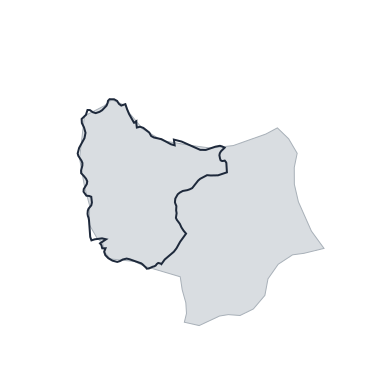 Diekirch highlighted on a map of Luxembourg, rotated 321°
{"feature_id": "LUX-906", "entity_name": "Diekirch", "entity_type": "District", "adm_level": 1, "iso_a3": "LUX", "parent_name": "Luxembourg", "parent_adm1": "", "projection": "equal_earth", "projection_center": [5.98, 49.94], "detail": "fine", "context": "in_parent", "style": "outline", "palette": "slate", "viewbox_px": 384, "rotation_deg": 321, "n_neighbors": 0, "source": "natural_earth", "source_scale": "10m", "svg_char_len": 2418}
<svg xmlns="http://www.w3.org/2000/svg" viewBox="0 0 384 384"><g transform="rotate(321 192 192)"><path d="M195.2,81.6L193.0,91.0L193.4,112.2L201.3,133.5L219.9,154.5L234.2,169.7L253.3,181.9L285.8,193.4L298.7,195.9L300.6,211.5L298.1,228.1L286.9,237.3L276.4,250.4L268.5,266.6L260.2,297.5L259.1,318.9L240.4,310.1L230.6,304.1L213.5,302.4L196.4,307.3L183.6,318.2L166.1,321.5L151.6,318.2L143.0,310.1L135.3,305.7L113.5,300.3L104.1,288.4L111.3,282.9L117.5,274.2L122.8,261.9L129.5,250.5L108.1,219.4L103.7,209.9L86.2,192.4L86.4,183.5L90.6,175.0L89.1,168.5L91.6,152.9L103.9,138.1L112.0,119.9L125.8,95.1L156.3,65.2L178.1,69.8L187.6,69.7L193.4,80.6L195.2,81.6Z" fill="#d9dde1" stroke="#a8b0b8" stroke-width="1"/><path d="M195.5,81.8L193.6,86.9L192.2,91.7L190.5,101.7L191.0,102.0L192.7,101.8L193.3,101.9L192.3,103.0L189.7,107.2L192.7,108.6L194.5,111.5L196.2,118.9L195.5,122.8L196.7,125.7L201.5,131.7L205.7,141.7L207.9,144.8L210.9,139.9L215.7,146.3L224.9,164.4L229.2,168.0L238.7,171.5L242.8,173.7L244.1,175.6L245.2,178.1L240.1,178.6L238.0,179.4L236.4,180.7L234.8,183.7L234.2,185.4L234.9,186.9L235.8,187.5L237.2,188.2L237.2,189.8L237.0,191.0L231.5,198.7L222.7,195.4L216.9,190.9L214.3,188.4L206.7,186.9L203.9,187.0L194.6,189.1L192.0,188.5L189.5,187.6L185.5,185.4L182.2,184.8L179.5,184.8L174.9,186.6L172.3,189.2L171.7,190.7L171.0,193.1L168.1,196.3L166.7,198.8L163.2,202.0L162.7,204.1L162.5,209.1L161.5,212.9L161.1,216.8L161.2,220.6L151.5,223.2L144.5,226.0L140.3,227.0L128.3,227.3L122.8,228.8L122.7,228.0L121.1,225.9L119.3,225.8L117.5,226.3L115.9,226.0L114.3,225.3L110.4,224.3L108.6,223.1L108.7,222.3L108.1,217.3L107.7,215.6L101.1,204.9L99.3,202.6L95.7,200.9L92.7,200.4L89.9,199.3L87.0,195.3L85.3,190.8L84.9,186.6L86.1,183.2L89.4,181.3L86.8,179.3L87.3,178.0L87.8,177.2L88.2,176.1L88.2,174.0L95.5,174.7L92.9,171.4L86.7,167.6L83.4,166.3L84.6,162.9L94.2,149.1L95.4,146.9L96.0,145.1L97.1,143.2L99.3,140.9L101.2,139.8L105.3,139.0L107.6,137.2L110.7,132.3L109.6,130.4L107.6,128.4L107.9,123.5L109.7,121.6L115.3,119.6L117.3,117.8L118.0,115.0L118.0,111.7L117.7,107.6L119.4,105.4L123.4,102.5L125.1,100.5L125.8,98.1L126.4,92.4L127.4,90.1L132.0,86.7L142.3,82.5L146.5,79.0L148.7,73.9L149.8,69.1L152.2,65.8L158.1,65.3L162.4,62.5L164.2,64.1L165.1,67.5L166.8,70.1L169.2,71.0L170.5,71.5L173.6,71.9L179.9,71.1L182.3,69.8L184.1,68.3L186.3,68.0L189.8,70.9L191.1,74.1L190.7,77.5L191.4,80.3L195.5,81.8Z" fill="none" stroke="#1e293b" stroke-width="2"/></g></svg>